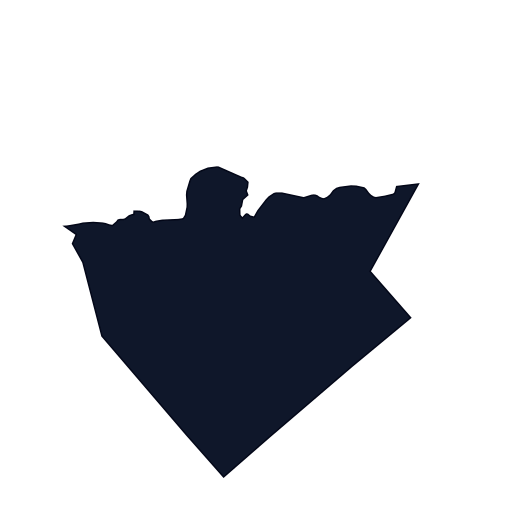 outline of Randolph, Illinois, United States of America, rotated 139°
{"feature_id": "52423323B77874601092989", "entity_name": "Randolph", "entity_type": "district", "adm_level": 2, "iso_a3": "USA", "parent_name": "United States of America", "parent_adm1": "Illinois", "projection": "albers", "projection_center": [-89.91, 38.013], "detail": "fine", "context": "isolated", "style": "filled", "palette": "ink", "viewbox_px": 512, "rotation_deg": 139, "n_neighbors": 0, "source": "geoboundaries", "source_scale": "gbopen_adm2", "svg_char_len": 1454}
<svg xmlns="http://www.w3.org/2000/svg" viewBox="0 0 512 512"><g transform="rotate(139 256 256)"><path d="M425.4,110.5L364.2,110.6L255.8,109.8L179.8,108.0L180.0,169.6L86.2,203.8L104.3,216.1L109.2,212.8L110.2,212.4L111.9,212.5L119.6,216.5L127.3,221.3L128.7,223.2L129.7,226.5L129.9,229.6L129.5,234.2L129.8,236.5L134.6,242.9L138.4,246.5L147.7,252.7L150.8,254.1L154.8,254.4L159.7,253.3L163.7,253.4L166.8,254.3L168.0,255.2L169.0,256.9L170.1,259.3L170.4,261.1L171.3,262.8L172.5,264.1L174.3,265.3L181.8,268.6L195.1,286.3L199.7,290.3L201.4,291.2L207.4,292.0L211.5,291.6L224.8,288.9L231.9,286.4L234.4,290.0L234.8,292.8L235.4,293.8L236.5,294.1L241.4,293.5L241.5,296.5L241.2,297.7L237.3,302.4L234.2,303.3L229.0,307.4L222.2,307.5L220.7,311.6L217.3,313.6L213.7,317.0L214.1,322.3L214.4,323.4L215.5,325.1L226.1,347.7L227.2,348.8L234.1,353.4L234.5,353.7L242.4,356.5L247.9,357.2L254.3,357.1L256.8,355.8L265.6,350.2L268.3,347.6L273.7,340.4L275.9,338.0L282.5,333.0L286.0,331.9L287.2,332.2L290.8,334.5L303.4,344.5L308.8,347.8L311.3,348.8L312.0,350.1L312.3,354.0L311.1,356.0L310.8,357.9L313.2,364.3L314.5,366.1L318.6,369.8L321.0,367.4L322.2,368.3L325.3,369.5L330.3,369.7L332.1,370.5L334.7,372.7L336.5,373.6L338.8,373.1L344.4,373.1L346.4,375.6L348.4,379.1L350.3,381.5L356.9,388.1L365.1,394.3L368.6,396.1L376.2,400.7L379.2,402.6L381.0,404.0L377.5,390.1L386.4,385.7L390.8,364.8L424.8,296.6L425.8,166.8L425.4,110.5Z" fill="#0f172a" stroke="#020617" stroke-width="1.5"/></g></svg>